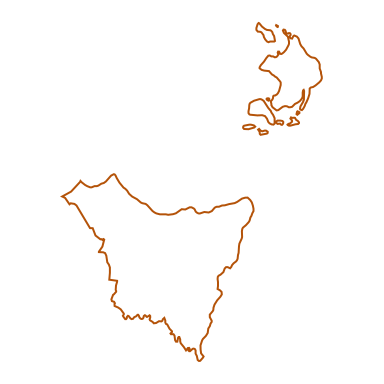 outline of Kokopo District, East New Britain, Papua New Guinea
{"feature_id": "67681753B40757041944416", "entity_name": "Kokopo District", "entity_type": "district", "adm_level": 2, "iso_a3": "PNG", "parent_name": "Papua New Guinea", "parent_adm1": "East New Britain", "projection": "robinson", "projection_center": [152.359, -4.313], "detail": "fine", "context": "isolated", "style": "outline", "palette": "amber", "viewbox_px": 384, "rotation_deg": 0, "n_neighbors": 0, "source": "geoboundaries", "source_scale": "gbopen_adm2", "svg_char_len": 5980}
<svg xmlns="http://www.w3.org/2000/svg" viewBox="0 0 384 384"><path d="M114.6,306.0L118.1,307.5L120.7,309.3L123.8,313.6L123.8,314.4L122.9,315.8L123.4,316.7L125.2,319.1L126.1,319.1L126.7,318.4L126.9,317.0L127.9,315.8L128.6,316.0L130.5,318.4L131.5,319.1L133.0,318.8L134.2,317.2L136.3,316.2L137.5,314.8L138.2,314.8L139.0,316.0L139.4,317.4L140.5,318.6L141.5,319.0L142.6,318.8L143.4,317.8L143.8,316.0L144.9,315.2L145.7,315.7L146.7,316.9L147.2,316.9L149.6,315.3L150.2,316.0L150.2,317.7L149.6,319.3L150.0,320.3L152.6,321.9L153.8,323.3L156.1,323.0L159.0,321.2L161.5,321.4L162.4,320.7L162.8,319.3L164.3,317.9L165.3,320.5L165.3,322.6L166.1,324.0L167.2,324.4L169.5,328.7L172.0,331.3L172.0,332.0L170.5,333.5L171.0,334.2L173.5,334.2L174.5,335.6L175.1,340.1L176.0,341.7L177.3,341.7L178.1,337.7L178.7,337.0L179.3,337.0L180.2,339.4L180.2,341.3L180.7,343.2L183.9,347.1L186.0,350.4L187.9,348.0L189.1,347.9L189.6,348.8L188.5,350.5L189.2,351.2L190.0,351.2L192.7,348.8L193.7,348.6L194.8,349.0L195.6,350.4L195.6,353.6L196.8,355.9L197.7,360.0L199.0,361.0L200.2,360.8L203.0,357.6L203.6,356.5L201.1,353.4L200.6,349.6L200.5,345.4L202.1,340.4L202.9,339.0L205.9,335.9L207.7,333.0L208.3,328.5L209.8,326.2L210.6,323.5L211.7,321.9L211.7,320.7L209.8,317.2L209.8,314.6L212.7,311.2L213.3,310.0L213.5,307.7L214.5,304.6L217.2,300.3L220.4,296.7L221.8,294.4L221.6,292.0L220.1,290.4L217.6,289.0L218.0,286.1L218.0,282.1L217.6,279.0L217.8,276.9L218.6,275.7L220.5,274.7L223.4,272.1L224.7,268.5L226.1,267.1L227.6,267.1L230.1,268.3L231.3,266.9L232.0,265.2L233.6,263.3L236.1,261.4L237.0,260.2L237.6,258.8L238.0,255.0L238.6,252.9L239.0,246.2L239.4,243.6L241.7,238.6L242.1,237.0L241.9,231.1L242.3,228.9L242.9,227.7L246.0,225.1L248.8,222.0L249.6,220.6L250.4,217.5L251.4,215.9L252.3,213.3L253.5,211.1L253.5,208.8L252.9,205.7L251.8,202.4L250.2,200.0L247.6,197.6L245.1,197.7L242.0,198.6L237.2,201.9L234.7,203.1L229.1,204.1L224.9,205.3L222.0,205.5L219.1,206.7L216.4,206.8L214.7,207.7L211.8,211.1L208.7,212.5L204.3,212.0L199.8,213.5L198.4,213.4L197.0,212.7L195.7,211.6L194.7,209.4L193.8,208.5L191.5,207.3L189.7,207.3L185.3,209.5L181.7,209.2L175.9,213.3L173.0,214.2L168.2,214.8L165.7,214.3L159.8,214.3L156.3,213.4L154.4,212.4L152.5,211.0L147.3,205.2L145.6,203.9L142.3,203.2L140.8,202.5L137.0,199.2L132.2,196.6L129.1,193.8L127.1,190.6L125.3,188.8L123.5,187.6L119.5,182.7L116.8,178.2L115.5,175.4L114.6,174.4L113.8,174.2L111.1,175.6L105.9,181.5L103.8,183.0L101.3,183.7L98.4,185.6L96.9,186.1L94.6,186.1L91.7,187.3L90.1,187.3L87.1,186.1L85.0,184.9L81.7,182.3L80.5,181.0L80.2,181.8L71.1,191.6L62.2,196.5L65.1,197.9L69.5,204.3L70.7,203.3L74.4,203.9L76.5,205.5L90.0,228.1L92.7,228.2L95.5,235.5L100.4,239.3L101.1,239.1L102.3,239.8L102.5,239.4L103.5,239.0L104.2,239.6L102.4,246.6L98.9,251.7L98.9,252.1L103.2,252.3L105.1,253.1L106.3,255.7L107.3,262.3L108.9,264.6L109.9,267.5L109.9,272.9L109.3,279.7L117.1,280.8L117.1,281.8L116.0,285.5L115.9,287.1L115.7,289.9L116.2,291.1L116.1,291.8L113.8,294.4L113.1,294.8L111.4,299.3L111.9,301.1L114.1,301.8L114.9,303.2L114.5,303.7L114.6,306.0ZM286.6,33.4L286.0,32.4L285.4,30.5L284.8,29.8L283.5,29.6L282.9,30.5L283.9,32.9L287.9,36.7L289.0,41.6L289.0,43.8L288.5,45.2L286.1,49.7L284.0,52.1L282.3,53.5L281.3,54.0L280.2,53.8L279.0,51.6L278.1,51.6L277.7,52.6L278.3,54.7L277.1,56.4L276.1,57.1L274.8,57.3L273.1,56.4L271.3,56.4L269.8,55.5L268.3,55.7L266.3,58.1L264.0,61.6L260.8,65.2L259.6,67.3L259.6,68.3L261.7,69.9L264.2,70.6L269.0,71.1L271.9,74.4L274.0,75.6L274.9,76.5L276.7,77.5L280.3,81.7L280.7,82.6L280.7,85.0L279.1,90.9L278.0,93.1L276.8,94.5L275.1,95.5L274.1,95.5L273.2,96.2L273.0,98.1L272.4,99.5L270.8,101.4L271.4,104.0L271.4,105.2L272.6,107.3L276.6,110.4L278.3,110.1L282.7,106.8L285.0,106.1L287.0,106.3L288.9,107.3L290.6,107.2L292.1,106.8L295.0,103.9L297.5,102.7L299.8,101.1L301.4,99.2L302.3,97.7L302.7,96.3L302.7,92.5L303.1,90.4L303.7,89.9L304.1,90.9L303.9,99.9L303.3,100.8L303.3,101.5L300.4,106.5L300.0,108.9L300.4,109.6L301.9,110.1L303.1,108.9L304.6,106.2L305.6,103.4L306.2,102.7L308.1,98.4L309.5,93.9L309.7,88.5L310.8,87.5L313.1,87.0L315.6,85.4L319.3,82.3L321.0,80.4L321.8,78.5L321.8,76.8L321.0,73.5L321.0,72.1L319.7,68.5L319.7,64.5L318.8,62.1L316.1,58.8L314.7,57.9L311.7,57.4L310.3,56.7L307.8,54.8L306.7,53.7L303.6,48.5L301.5,46.3L300.2,44.0L298.5,38.5L296.9,36.6L294.2,35.5L293.3,36.2L292.1,38.6L290.6,38.3L289.8,37.1L289.8,36.2L290.6,35.0L290.6,34.1L289.8,33.1L288.7,33.1L288.1,33.6L286.6,33.4ZM273.1,114.9L271.4,112.5L270.8,110.9L268.3,108.0L263.7,100.9L262.2,99.8L260.7,99.1L259.5,99.1L254.1,100.7L250.5,102.7L249.7,103.6L249.3,105.0L249.1,108.3L248.5,111.2L248.5,113.1L249.3,114.3L250.1,114.7L257.4,115.4L262.2,115.2L265.0,116.1L267.0,118.7L268.3,122.0L269.6,123.4L271.6,124.4L273.5,124.6L274.6,123.6L274.6,118.2L273.1,114.9ZM270.2,41.5L274.3,41.5L275.0,41.0L274.1,36.0L272.9,34.1L272.3,32.1L271.2,30.8L270.4,30.3L266.8,29.9L264.9,28.9L262.0,26.6L259.3,23.3L258.6,23.0L257.6,24.2L256.4,28.0L256.4,29.9L257.8,31.6L260.3,31.8L261.4,32.3L263.5,35.1L263.9,37.0L265.2,39.4L267.0,41.5L268.5,42.2L270.2,41.5ZM291.0,117.4L290.4,118.6L291.9,120.3L292.1,121.0L291.9,121.9L289.8,123.6L288.6,123.8L287.5,124.6L287.7,125.0L289.0,125.7L290.2,125.7L295.4,124.3L298.1,124.0L299.0,123.1L299.0,122.4L297.9,121.0L296.1,119.8L295.0,117.9L294.2,117.7L292.5,117.9L291.0,117.4ZM248.5,129.2L254.3,127.5L255.2,126.6L253.9,125.4L251.0,124.7L249.1,124.7L244.1,125.7L243.3,126.4L243.1,127.8L244.1,129.0L248.5,129.2ZM262.3,131.3L260.6,130.6L259.1,128.9L258.1,129.6L259.6,131.8L259.8,133.9L260.6,134.8L266.9,133.6L267.7,132.9L267.7,131.7L266.0,130.6L264.6,130.6L262.3,131.3ZM283.1,123.6L283.3,122.0L282.5,121.0L280.4,120.6L277.5,120.6L276.2,121.5L276.4,122.9L277.5,123.9L280.0,123.6L281.3,124.8L282.1,124.8L283.1,123.6ZM299.4,113.1L299.4,112.2L297.5,111.3L297.1,111.7L296.5,114.1L297.3,114.8L299.4,113.1ZM269.3,100.2L269.3,99.0L268.7,98.3L267.2,98.3L266.6,98.8L266.6,99.3L267.2,100.0L268.5,100.7L269.3,100.2ZM277.9,26.8L277.9,26.0L276.2,25.1L276.0,25.6L277.4,27.0L277.9,26.8Z" fill="none" stroke="#b45309" stroke-width="2"/></svg>